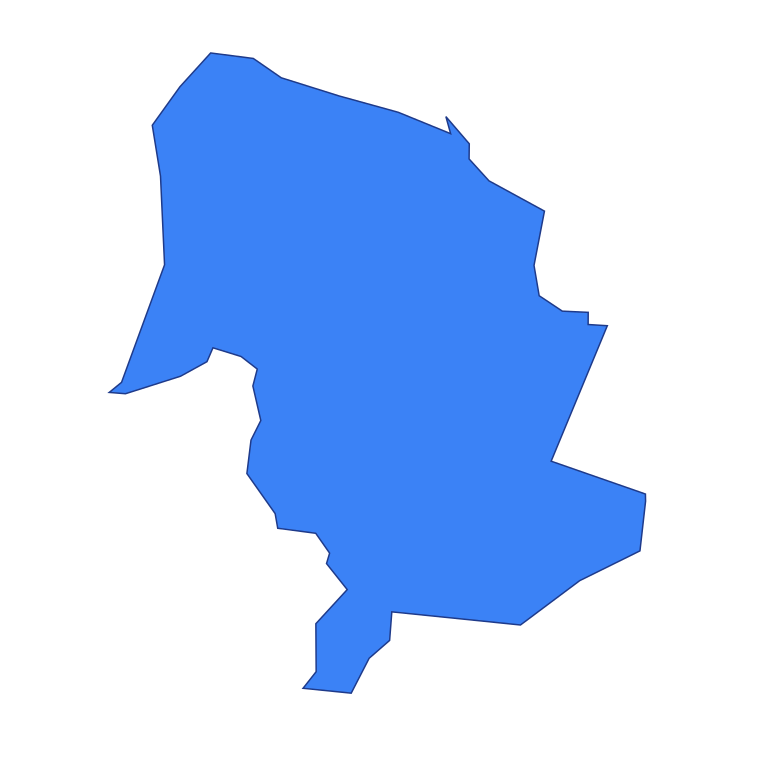 Brantley, Georgia, United States of America (Equal Earth projection), rotated 276°
{"feature_id": "52423323B25931574604795", "entity_name": "Brantley", "entity_type": "district", "adm_level": 2, "iso_a3": "USA", "parent_name": "United States of America", "parent_adm1": "Georgia", "projection": "equal_earth", "projection_center": [-82.007, 31.192], "detail": "fine", "context": "isolated", "style": "filled", "palette": "blue", "viewbox_px": 768, "rotation_deg": 276, "n_neighbors": 0, "source": "geoboundaries", "source_scale": "gbopen_adm2", "svg_char_len": 804}
<svg xmlns="http://www.w3.org/2000/svg" viewBox="0 0 768 768"><g transform="rotate(276 384 384)"><path d="M244.8,656.0L294.8,656.4L301.9,655.5L324.7,558.3L465.3,600.0L464.5,580.8L476.6,579.6L475.1,553.7L488.0,529.1L517.6,520.8L572.7,525.5L597.0,467.2L616.7,445.1L631.8,443.7L656.4,417.6L639.9,424.1L655.7,369.8L665.8,309.1L677.8,249.8L694.1,220.0L695.1,177.0L658.3,150.0L617.1,126.5L567.4,140.0L479.6,153.3L358.2,122.8L346.9,111.6L347.3,127.9L370.5,180.9L387.7,205.6L402.1,210.1L396.4,239.0L385.6,256.4L368.3,253.8L334.8,265.3L314.3,257.6L280.6,257.0L243.7,289.3L229.4,293.4L228.4,331.7L210.1,347.6L199.4,345.6L175.7,368.9L138.5,341.3L90.8,346.6L72.9,335.3L73.1,383.7L109.7,397.9L129.6,416.4L158.2,415.6L158.6,544.9L208.9,599.2L244.8,656.0Z" fill="#3b82f6" stroke="#1e3a8a" stroke-width="1.5"/></g></svg>